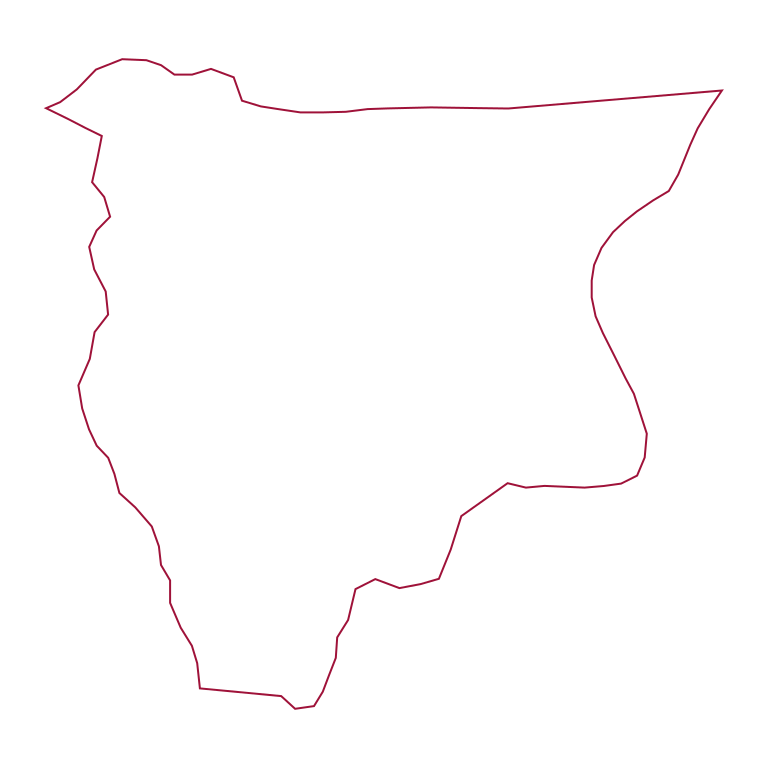 Pescaria Brava, Santa Catarina, Brazil (Albers equal-area conic projection)
{"feature_id": "56859067B22440893254940", "entity_name": "Pescaria Brava", "entity_type": "district", "adm_level": 2, "iso_a3": "BRA", "parent_name": "Brazil", "parent_adm1": "Santa Catarina", "projection": "albers", "projection_center": [-48.887, -28.41], "detail": "fine", "context": "isolated", "style": "outline", "palette": "rose", "viewbox_px": 768, "rotation_deg": 0, "n_neighbors": 0, "source": "geoboundaries", "source_scale": "gbopen_adm2", "svg_char_len": 1264}
<svg xmlns="http://www.w3.org/2000/svg" viewBox="0 0 768 768"><path d="M199.9,688.4L281.2,696.1L295.1,708.8L314.0,706.1L322.8,691.7L329.0,675.3L335.8,657.9L337.2,637.4L348.1,620.0L355.5,589.1L375.3,579.1L399.4,588.1L420.6,584.1L438.9,578.8L450.7,549.6L461.3,516.1L507.6,483.2L525.9,487.6L544.5,485.9L584.6,487.6L603.7,486.0L621.1,483.6L637.1,475.6L644.7,457.5L646.8,433.7L633.9,393.8L625.6,378.4L614.4,355.9L602.9,333.1L595.6,316.3L591.7,297.5L591.7,280.5L594.1,265.0L601.5,247.9L613.0,232.2L624.8,221.1L636.9,211.4L653.1,200.4L668.8,191.0L678.2,174.6L690.3,144.7L697.7,128.3L709.2,109.2L721.9,90.5L508.3,108.5L477.4,108.1L431.0,107.4L388.0,108.4L367.6,109.1L345.8,111.8L322.8,112.4L300.4,112.4L278.2,109.1L260.8,106.4L242.0,100.7L233.7,77.3L211.0,68.9L192.1,74.6L174.4,74.6L161.1,65.2L146.4,60.2L122.2,59.2L95.9,69.6L76.8,89.4L60.2,102.1L46.1,108.2L67.9,118.9L85.3,127.9L101.8,136.0L97.4,158.4L92.1,182.2L104.2,197.0L110.1,216.7L96.6,230.5L89.2,246.9L94.2,269.4L105.7,291.5L108.1,314.6L94.6,332.1L89.8,358.9L78.4,385.4L82.2,408.5L89.0,429.3L96.7,445.7L108.2,457.8L114.4,473.9L119.4,493.0L135.3,507.4L151.8,526.5L158.9,546.3L161.0,565.0L170.1,580.4L170.1,602.9L180.7,627.7L191.9,645.8L197.2,663.2L199.9,688.4Z" fill="none" stroke="#9f1239" stroke-width="2"/></svg>